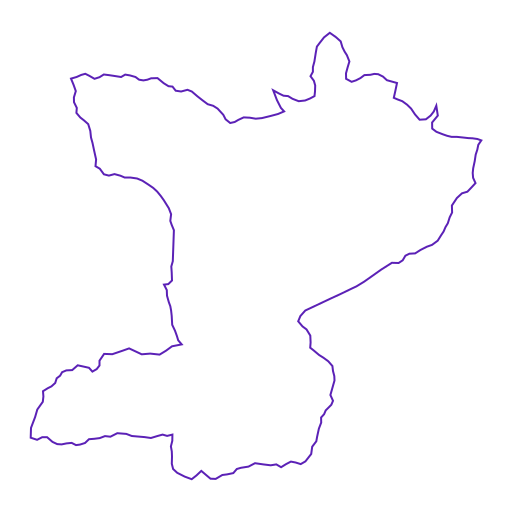 Garça, São Paulo, Brazil
{"feature_id": "56859067B4895649767626", "entity_name": "Garça", "entity_type": "district", "adm_level": 2, "iso_a3": "BRA", "parent_name": "Brazil", "parent_adm1": "São Paulo", "projection": "orthographic", "projection_center": [-49.7, -22.232], "detail": "fine", "context": "isolated", "style": "outline", "palette": "violet", "viewbox_px": 512, "rotation_deg": 0, "n_neighbors": 0, "source": "geoboundaries", "source_scale": "gbopen_adm2", "svg_char_len": 3774}
<svg xmlns="http://www.w3.org/2000/svg" viewBox="0 0 512 512"><path d="M71.0,78.6L73.6,84.9L75.8,91.1L73.9,97.4L74.0,102.2L76.8,107.9L76.4,112.9L80.3,117.5L84.0,120.4L88.2,124.1L90.3,130.9L91.0,137.5L92.5,142.9L94.0,150.0L96.1,159.5L95.5,166.2L99.8,168.7L103.9,174.3L108.9,175.6L114.5,174.1L120.4,175.7L124.6,177.5L130.2,177.5L137.1,178.5L142.4,180.7L148.4,184.6L153.2,187.9L157.2,191.6L160.8,196.0L163.8,200.2L168.8,208.2L171.1,214.2L170.3,220.9L171.7,224.9L173.9,230.2L172.8,261.2L171.3,266.5L171.7,272.3L172.0,280.5L168.3,284.1L164.0,284.6L166.8,290.1L167.0,295.7L168.8,302.1L170.3,306.2L171.1,310.5L171.7,315.9L172.2,324.8L175.0,330.7L176.9,336.0L178.2,340.3L181.7,344.4L172.0,346.3L166.0,350.7L159.6,354.6L150.2,353.6L141.7,354.3L135.1,351.2L129.1,348.4L122.6,350.7L112.3,354.2L104.1,353.9L99.5,360.7L99.5,365.5L96.7,369.1L92.4,371.6L89.0,367.8L84.1,366.7L77.7,365.3L72.2,370.1L66.3,370.4L62.1,372.2L60.1,375.7L56.7,378.3L55.2,383.0L51.4,386.4L47.8,388.2L43.0,391.2L43.4,396.5L42.8,401.8L37.3,409.5L35.1,417.1L33.0,422.6L31.0,427.9L30.7,437.7L37.1,439.8L42.2,437.2L47.1,437.2L52.5,441.9L57.2,444.1L61.6,444.4L66.5,443.4L71.7,442.9L76.0,445.1L79.9,444.6L85.0,443.0L89.0,439.2L94.2,438.8L99.7,438.1L105.0,436.1L110.4,436.7L117.3,433.2L126.3,433.9L131.8,436.0L137.6,436.5L144.6,437.1L150.9,438.0L157.5,436.0L162.6,434.6L167.1,435.9L172.4,434.6L172.3,440.8L170.9,446.4L171.8,451.5L172.0,456.6L171.8,463.8L173.1,469.0L177.2,472.8L184.7,476.6L191.7,479.2L196.4,475.5L201.3,470.9L206.7,475.5L210.5,478.7L215.7,478.9L222.3,475.0L227.0,474.4L233.3,473.1L236.8,469.0L240.9,467.8L248.5,466.6L255.0,463.2L263.3,464.4L270.7,465.3L276.3,464.4L281.1,467.2L286.1,464.1L290.9,461.6L295.6,462.5L300.7,464.1L305.4,461.4L311.2,454.0L312.2,446.7L316.3,441.3L317.1,436.8L318.9,428.6L321.2,422.6L321.1,417.5L324.1,414.2L325.7,410.4L331.3,404.8L333.0,400.8L330.4,395.0L332.6,387.2L334.5,380.5L334.3,376.1L333.0,371.0L332.4,366.0L328.3,361.3L323.4,357.7L319.1,355.0L313.4,350.2L310.2,347.7L310.6,342.5L310.3,335.6L306.5,329.4L302.5,326.4L298.2,321.3L300.4,316.0L305.3,310.5L331.4,298.2L339.7,294.4L351.9,288.5L356.4,286.4L364.1,281.7L381.2,269.6L391.9,262.8L398.6,263.0L402.7,260.3L405.4,255.7L409.4,253.7L415.1,253.4L420.6,249.9L426.9,246.7L432.0,244.9L437.7,240.7L441.2,235.1L443.6,231.5L445.5,227.1L447.8,223.3L449.7,217.3L452.1,212.5L451.9,205.5L456.9,198.0L462.0,193.3L467.4,191.7L471.8,187.1L475.5,183.1L473.1,177.8L472.7,173.0L473.2,168.2L474.7,161.2L475.7,154.6L477.3,149.7L478.3,144.8L481.3,140.4L477.4,139.0L472.5,138.3L468.3,138.1L463.9,137.6L457.2,136.9L451.7,136.9L447.1,135.8L442.8,134.3L436.4,131.8L432.2,128.6L432.1,122.5L437.8,115.6L436.3,105.7L433.8,111.5L430.6,115.6L425.9,119.3L419.6,119.7L415.0,114.4L411.1,108.6L407.1,104.7L402.3,101.2L397.5,99.4L393.8,97.8L395.3,91.1L397.0,83.0L386.9,80.2L383.0,76.6L378.2,74.2L374.3,73.9L370.4,74.8L364.4,75.1L360.4,78.1L355.9,80.4L351.6,81.8L346.1,78.8L346.0,73.3L347.7,67.1L349.4,61.5L346.9,55.2L344.6,51.6L342.4,47.2L340.7,41.4L336.0,37.2L329.8,32.8L324.0,37.4L319.7,42.9L316.9,46.6L315.8,52.6L314.4,61.5L312.9,67.1L312.9,71.8L310.5,76.2L313.9,80.8L315.2,85.5L315.0,91.5L314.5,96.1L310.0,98.5L305.1,100.5L298.7,101.2L292.5,98.8L288.1,96.1L283.5,95.7L279.0,93.5L273.2,90.3L276.9,100.0L280.9,107.9L284.1,111.4L278.0,114.0L270.5,116.0L261.9,118.1L255.7,118.7L249.8,117.7L243.7,117.4L238.3,119.9L234.7,122.0L230.2,123.0L225.6,119.3L223.3,114.8L217.6,108.6L213.2,105.8L207.7,104.2L202.5,100.3L197.4,96.3L191.8,91.5L187.5,89.8L181.1,91.5L175.7,90.7L172.5,86.6L168.5,86.2L163.7,83.2L157.5,78.1L151.1,78.3L147.4,79.7L143.4,80.4L139.1,79.7L135.5,77.0L129.9,75.4L125.2,74.6L121.1,77.0L113.4,75.8L108.7,75.1L103.8,74.5L99.5,77.2L94.5,78.8L89.3,75.8L85.3,73.8L81.3,74.9L76.6,77.0L71.0,78.6Z" fill="none" stroke="#5b21b6" stroke-width="2"/></svg>